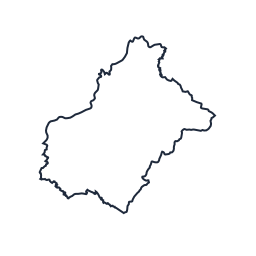 Dong Trieu, Quảng Ninh, Vietnam, rotated 116°
{"feature_id": "81297802B3249391660958", "entity_name": "Dong Trieu", "entity_type": "district", "adm_level": 2, "iso_a3": "VNM", "parent_name": "Vietnam", "parent_adm1": "Quảng Ninh", "projection": "orthographic", "projection_center": [106.583, 21.119], "detail": "fine", "context": "isolated", "style": "outline", "palette": "slate", "viewbox_px": 256, "rotation_deg": 116, "n_neighbors": 0, "source": "geoboundaries", "source_scale": "gbopen_adm2", "svg_char_len": 5826}
<svg xmlns="http://www.w3.org/2000/svg" viewBox="0 0 256 256"><g transform="rotate(116 128 128)"><path d="M48.4,164.3L49.2,164.6L50.8,164.8L56.3,163.6L61.2,161.8L65.4,162.0L69.1,162.7L70.1,163.2L75.0,166.7L76.0,167.6L76.9,168.8L77.5,170.0L79.7,170.4L81.1,169.5L83.1,168.7L84.5,169.0L85.1,169.4L85.5,169.4L87.5,168.0L88.1,168.0L88.4,168.5L87.7,170.9L87.8,171.5L88.3,172.0L89.4,172.2L89.8,172.4L88.2,173.8L87.1,175.9L86.9,176.9L87.2,177.5L87.5,177.6L88.1,177.4L89.2,176.5L89.9,176.3L90.6,176.5L91.4,177.0L92.1,177.8L92.4,177.7L92.6,177.3L92.5,176.6L92.6,175.5L92.7,175.2L93.4,174.7L93.9,174.7L95.1,176.0L97.9,176.7L98.3,176.7L98.9,176.5L101.0,174.6L101.7,173.4L106.1,172.0L107.4,171.9L110.7,173.0L112.0,173.1L113.3,172.8L115.7,170.8L116.5,170.8L118.2,171.3L120.0,172.8L121.3,172.9L121.9,172.6L123.3,171.0L124.1,170.4L125.4,170.0L126.0,170.0L127.2,170.7L130.1,173.7L134.2,176.7L136.8,178.9L138.9,181.2L141.9,182.9L144.0,184.4L145.6,186.6L146.5,188.1L146.8,189.0L146.8,191.7L147.3,193.1L148.2,194.5L149.3,195.0L151.5,195.5L153.5,197.3L155.9,200.4L157.0,201.0L158.2,201.4L163.1,201.4L166.2,200.6L167.9,199.5L170.1,196.9L172.0,196.0L173.8,195.9L174.9,196.1L179.0,197.5L178.7,193.8L178.9,193.3L179.3,192.8L181.4,192.5L182.9,191.7L184.1,192.9L184.6,192.9L186.6,192.2L189.1,192.8L188.6,191.4L188.8,190.8L189.5,190.2L189.6,189.9L189.3,189.0L189.8,187.7L189.4,187.3L189.5,186.9L190.2,186.7L191.4,187.1L192.0,186.9L194.0,187.7L194.1,186.6L193.9,185.6L194.6,184.7L195.5,184.8L196.3,185.6L196.7,185.7L197.9,185.3L198.2,185.4L198.4,185.8L199.1,186.2L201.2,186.9L201.9,188.1L206.4,188.0L207.1,187.1L206.9,186.8L206.9,186.5L208.9,185.2L209.9,184.9L211.1,184.1L211.3,184.0L211.7,184.4L212.2,184.5L212.2,183.1L211.4,182.4L210.7,180.7L210.2,180.3L210.5,179.0L210.3,178.0L209.3,177.0L208.9,176.3L208.9,176.0L209.9,174.9L210.4,173.6L210.6,172.1L208.5,171.4L208.3,170.8L208.8,170.6L208.6,170.0L208.8,169.0L209.0,168.5L208.9,168.1L209.2,167.8L209.8,167.9L209.7,167.4L210.1,167.2L210.2,166.8L210.5,166.9L211.3,167.7L212.1,167.7L212.6,166.4L212.1,166.1L212.1,165.8L212.5,165.3L212.4,164.9L211.7,164.2L211.7,163.9L212.3,162.1L212.7,161.9L213.4,162.0L213.6,161.3L213.6,159.3L213.2,158.9L213.4,158.2L213.8,158.1L213.9,157.7L213.6,156.7L213.5,156.2L213.8,155.9L214.7,155.7L214.7,156.2L215.4,156.5L215.5,156.9L216.0,156.7L215.8,154.5L215.6,154.0L215.7,153.8L216.3,153.8L216.3,153.1L216.7,152.3L216.7,152.1L217.3,151.7L217.5,151.2L217.3,150.6L216.6,150.5L215.0,149.6L213.6,148.4L211.0,147.2L210.1,146.1L209.1,144.0L207.1,141.0L206.6,139.6L205.8,136.6L205.6,136.5L205.2,137.0L205.0,136.9L204.5,136.4L204.0,136.5L203.7,137.1L203.6,137.7L203.4,137.8L202.8,137.8L201.3,137.4L201.6,135.8L201.5,135.2L201.5,132.5L201.3,131.8L201.5,130.7L201.2,129.8L201.8,129.5L201.8,128.7L201.1,128.2L199.2,129.2L199.5,127.8L200.7,125.6L202.9,122.9L202.9,122.4L202.3,121.3L202.5,120.8L203.1,120.5L204.0,120.8L204.1,120.5L203.8,119.3L203.8,118.6L205.4,118.0L206.0,117.2L205.2,116.7L205.3,116.0L205.2,115.5L205.5,114.2L205.4,113.7L204.5,113.4L204.4,113.1L204.8,112.7L204.9,110.8L205.4,110.3L205.4,109.8L205.9,109.1L204.8,108.2L204.6,107.7L205.0,107.1L204.8,106.3L205.0,105.7L204.7,105.3L205.2,104.8L205.0,103.7L206.3,94.5L205.6,94.2L204.2,92.7L203.8,92.5L201.8,92.9L198.4,94.2L196.1,93.9L194.7,94.5L193.9,94.6L193.3,93.9L192.6,92.6L192.0,92.1L190.1,92.4L186.9,92.3L182.3,91.1L180.1,90.2L179.2,90.3L177.6,89.7L175.9,89.9L174.8,89.7L172.4,88.4L172.0,88.0L171.0,86.5L169.1,86.1L167.8,85.3L167.5,85.4L166.9,86.2L166.1,86.7L166.2,87.1L167.1,88.2L167.4,88.9L167.3,90.9L167.1,91.9L166.4,93.3L165.9,93.7L165.4,93.7L164.3,92.0L163.9,91.7L163.3,91.4L161.9,91.2L160.9,91.4L159.7,91.8L158.5,91.9L156.3,91.7L154.0,91.1L152.8,91.6L150.9,91.5L148.0,92.0L147.6,91.8L147.4,91.4L147.1,89.2L146.6,87.7L145.9,86.5L145.1,86.0L143.4,85.9L142.0,86.3L137.9,86.4L135.2,86.9L134.3,86.9L134.2,86.6L134.2,85.4L134.7,84.5L135.5,83.6L135.5,82.9L133.6,80.1L132.7,79.4L131.4,79.3L130.7,77.9L130.2,77.6L128.6,77.2L127.9,77.3L126.4,77.7L125.1,78.4L123.6,78.8L122.4,78.9L120.4,79.9L119.1,79.7L118.8,79.3L118.4,78.1L116.8,76.9L115.6,76.9L114.6,76.0L114.0,75.9L113.1,76.0L108.7,77.3L107.6,78.3L106.4,78.1L105.2,77.6L104.3,77.0L104.1,76.3L103.9,74.5L102.5,72.2L102.0,70.4L100.8,68.8L100.4,67.8L98.6,61.3L97.1,60.1L96.9,58.5L95.8,56.6L93.8,55.4L92.9,55.1L90.0,54.6L88.7,54.9L87.6,55.3L85.4,57.0L83.8,56.9L82.5,57.3L81.1,56.3L78.7,55.3L77.7,58.2L77.4,59.7L77.4,62.8L76.6,63.6L76.3,64.5L77.9,69.9L77.9,71.0L77.5,71.5L74.5,72.2L73.9,72.8L74.6,77.4L74.9,82.6L72.8,83.5L72.0,84.5L70.9,84.9L70.7,85.3L70.8,87.0L70.7,87.3L69.1,89.8L68.8,90.4L70.3,92.1L71.1,94.9L69.8,96.2L68.5,98.0L67.1,99.2L66.3,100.5L66.4,102.3L65.7,103.2L65.0,107.3L64.3,109.5L66.3,109.7L66.9,110.1L67.0,110.4L67.4,112.4L67.3,114.4L66.0,116.9L67.3,119.1L67.3,120.2L67.0,120.7L66.9,121.3L66.7,121.4L66.4,120.8L65.8,120.8L65.4,121.2L65.3,121.4L66.2,122.1L66.0,122.6L65.6,122.7L64.2,122.7L63.9,123.3L63.0,123.7L62.8,124.5L62.5,124.9L61.8,124.2L61.4,124.5L61.3,125.4L60.6,125.1L60.0,125.3L60.0,125.6L60.6,125.7L60.7,126.0L60.2,126.4L59.9,127.0L59.9,127.6L59.6,127.9L58.5,128.5L58.0,128.2L57.5,128.5L55.4,128.6L54.8,129.5L53.9,129.4L53.2,129.7L52.6,129.7L52.7,130.3L51.2,129.8L51.1,128.8L50.7,128.4L50.3,127.3L50.1,127.4L49.8,128.3L49.2,128.8L48.6,128.7L47.9,128.1L46.7,128.1L46.6,128.3L47.1,128.7L47.0,129.0L46.8,129.0L45.8,128.4L44.1,128.6L43.0,128.0L42.6,128.3L42.9,129.2L42.7,129.4L42.3,129.2L41.7,128.6L41.4,128.6L40.9,129.2L39.9,128.8L39.5,130.7L40.1,131.7L40.5,133.2L40.2,133.7L38.6,135.2L38.5,136.1L41.5,140.5L42.4,141.2L45.4,143.1L45.8,143.7L45.9,144.4L45.7,145.3L45.5,145.6L43.2,147.2L42.5,148.0L42.1,148.9L41.5,152.1L40.8,153.0L39.4,154.3L39.3,154.9L39.6,155.8L40.0,156.3L40.5,156.6L42.3,157.2L43.0,157.9L43.3,158.6L43.4,160.8L43.8,161.5L45.0,161.7L48.0,161.5L48.5,161.8L48.7,162.6L48.4,164.3Z" fill="none" stroke="#1e293b" stroke-width="2"/></g></svg>